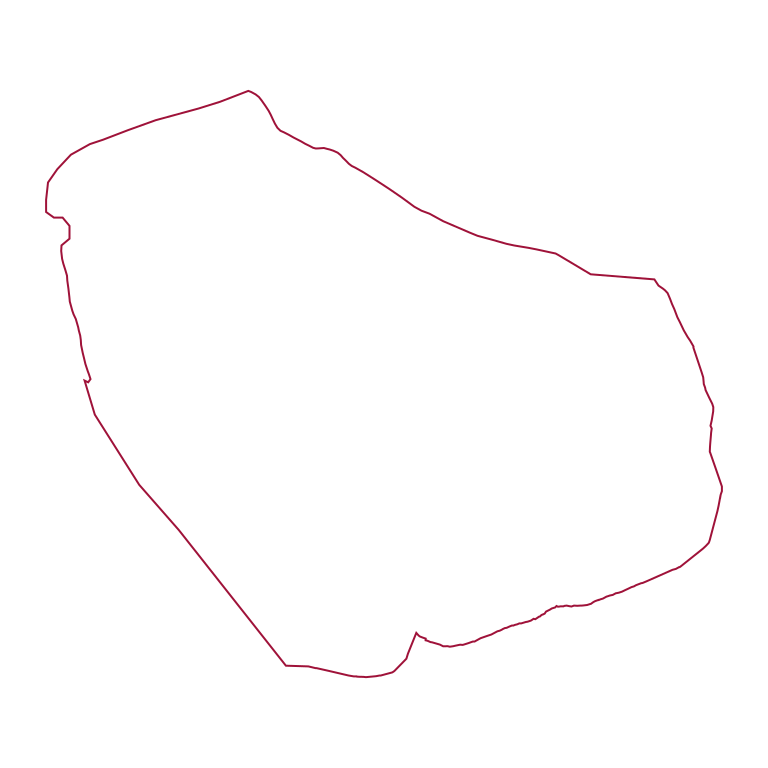 the district of Union/Ti Morne, Gros Islet, Saint Lucia
{"feature_id": "8701671B35889486410430", "entity_name": "Union/Ti Morne", "entity_type": "district", "adm_level": 2, "iso_a3": "LCA", "parent_name": "Saint Lucia", "parent_adm1": "Gros Islet", "projection": "robinson", "projection_center": [-60.952, 14.023], "detail": "fine", "context": "isolated", "style": "outline", "palette": "rose", "viewbox_px": 768, "rotation_deg": 0, "n_neighbors": 0, "source": "geoboundaries", "source_scale": "gbopen_adm2", "svg_char_len": 3468}
<svg xmlns="http://www.w3.org/2000/svg" viewBox="0 0 768 768"><path d="M285.9,665.7L308.4,666.4L315.4,668.1L316.4,668.1L328.4,670.8L348.5,675.5L353.8,676.4L357.2,676.4L356.4,676.6L359.9,676.8L361.4,676.8L363.8,676.9L365.5,677.1L366.5,677.1L376.0,676.2L379.7,675.5L380.8,675.5L392.3,672.4L393.7,671.5L394.5,670.9L406.4,658.7L407.9,653.8L416.3,632.9L418.6,635.5L419.7,636.4L421.7,637.2L423.3,637.8L425.7,638.6L425.6,640.3L427.3,640.7L428.5,641.2L430.5,642.1L432.0,642.3L439.9,644.6L443.2,646.3L447.7,646.2L449.8,646.7L453.3,646.2L454.9,645.8L460.1,644.7L462.7,644.9L464.1,644.5L468.5,643.1L470.7,642.3L473.0,641.5L474.7,641.5L475.7,640.9L480.6,638.2L486.9,636.0L488.7,635.4L491.4,634.5L497.4,631.3L499.7,630.7L501.8,629.7L502.7,629.1L504.8,628.1L506.7,627.8L509.5,626.5L512.0,625.5L513.5,625.5L514.9,624.9L517.3,624.3L519.3,623.4L521.2,623.4L525.8,622.0L527.6,621.7L530.9,620.6L533.6,618.8L535.3,619.2L538.0,617.4L538.7,616.8L539.9,616.5L541.5,615.0L543.9,614.0L542.5,614.7L544.7,613.6L546.0,611.6L549.0,610.1L550.0,609.6L551.7,608.5L555.2,607.4L556.5,606.0L557.9,606.7L559.1,606.6L560.7,606.3L563.6,606.3L564.3,605.9L565.1,605.8L566.6,605.6L569.5,606.2L571.5,606.5L574.0,605.6L577.2,605.8L580.4,605.6L581.4,605.6L582.8,605.5L584.6,605.3L587.1,605.0L589.0,604.4L589.9,604.1L591.0,603.8L592.5,602.7L593.5,602.0L595.2,601.1L599.1,599.7L598.1,600.3L600.5,599.3L602.9,598.6L606.5,596.6L607.6,596.3L609.9,595.5L612.8,594.9L615.7,593.3L617.8,592.9L618.8,592.7L621.9,591.7L625.2,590.1L628.0,588.8L630.5,587.6L631.5,587.1L633.2,586.6L633.9,586.4L635.8,585.3L636.5,585.0L639.4,583.9L641.2,583.2L642.5,583.0L646.1,581.5L672.5,569.8L675.9,568.9L679.5,566.9L678.9,567.4L680.2,566.8L703.0,548.6L705.8,546.0L708.7,542.9L709.1,542.0L709.8,539.9L713.1,527.4L717.4,511.2L718.6,505.7L719.5,500.9L720.5,495.4L720.0,498.7L720.7,494.6L721.9,491.2L721.9,486.5L715.6,468.2L710.2,452.7L709.8,451.8L710.0,446.7L710.3,442.6L710.9,435.7L711.1,432.8L711.4,430.6L711.7,428.5L710.5,425.8L711.7,420.5L713.2,411.3L713.3,407.1L712.2,403.7L709.2,397.7L705.6,390.1L705.1,387.6L703.8,384.1L703.6,381.5L703.2,377.3L701.6,372.2L693.4,347.6L693.5,346.5L690.1,340.6L687.7,337.1L683.8,330.4L679.9,322.2L677.4,317.3L674.3,309.1L672.0,304.0L670.0,298.7L667.6,293.1L665.0,290.3L662.9,288.6L658.5,285.6L655.9,281.7L654.4,279.4L590.7,274.3L558.5,255.1L555.6,253.5L551.8,252.7L536.5,249.4L528.8,247.9L514.3,245.5L506.4,243.8L492.0,239.7L477.5,235.8L469.7,232.6L443.2,221.2L429.5,213.7L421.5,210.7L414.4,206.8L402.0,197.7L388.9,188.7L376.2,180.4L363.1,172.1L355.3,167.7L351.8,166.0L348.9,163.8L345.4,160.2L343.0,157.9L340.7,155.2L337.7,152.7L333.3,150.7L329.7,149.5L326.8,148.8L323.9,148.0L318.4,148.4L315.8,148.5L313.1,147.8L309.3,145.8L305.2,143.8L301.1,141.4L293.5,137.5L288.8,134.8L283.9,132.3L280.5,130.8L277.4,127.8L274.9,123.6L272.5,118.6L270.8,114.9L268.7,110.9L265.7,106.3L261.8,100.7L258.9,97.0L255.6,94.4L251.2,92.0L248.3,90.9L244.4,92.4L220.0,101.8L198.6,108.5L155.7,120.2L127.9,130.2L103.1,139.7L89.9,144.1L70.9,154.7L57.3,169.2L48.0,182.5L47.6,186.3L46.1,199.8L46.1,212.0L53.9,217.6L62.6,217.6L69.5,225.9L69.5,238.7L61.5,245.4L61.2,251.0L62.1,258.8L63.3,263.6L65.4,270.2L67.0,275.7L67.3,280.6L68.4,288.5L69.4,297.3L69.8,301.6L72.3,310.7L73.6,314.4L75.8,319.0L78.2,327.3L78.8,330.4L80.2,335.6L80.8,340.0L81.1,345.0L82.7,352.8L84.1,358.5L85.4,364.0L87.8,371.3L88.9,374.2L90.5,379.1L88.2,382.3L84.6,380.6L94.8,414.6L139.2,484.8L178.7,529.9L285.9,665.7Z" fill="none" stroke="#9f1239" stroke-width="2"/></svg>